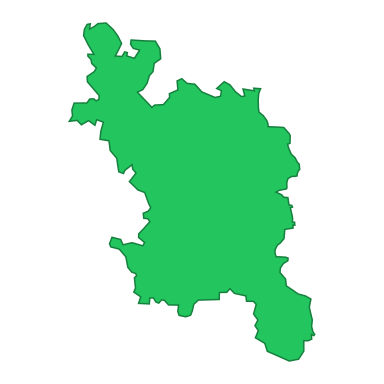 the district of Chirakchi, Kashkadarya, Uzbekistan, rotated 90°
{"feature_id": "79887680B89374870504997", "entity_name": "Chirakchi", "entity_type": "district", "adm_level": 2, "iso_a3": "UZB", "parent_name": "Uzbekistan", "parent_adm1": "Kashkadarya", "projection": "albers", "projection_center": [66.298, 39.115], "detail": "fine", "context": "isolated", "style": "filled", "palette": "green", "viewbox_px": 384, "rotation_deg": 90, "n_neighbors": 0, "source": "geoboundaries", "source_scale": "gbopen_adm2", "svg_char_len": 2970}
<svg xmlns="http://www.w3.org/2000/svg" viewBox="0 0 384 384"><g transform="rotate(90 192 192)"><path d="M88.7,123.4L88.2,130.2L90.8,129.6L89.0,141.0L96.0,139.2L96.6,142.5L91.8,148.5L84.8,154.1L81.7,159.8L88.5,167.3L90.6,162.6L96.2,163.4L97.5,168.9L91.9,182.2L84.2,189.1L83.4,196.9L78.7,202.2L80.9,206.9L89.9,206.1L93.7,214.6L97.4,214.4L104.6,220.6L105.1,229.4L107.4,232.1L92.2,246.6L89.6,241.2L83.4,237.0L75.5,234.5L71.6,231.0L63.3,229.8L58.8,223.3L48.8,224.1L41.1,228.7L40.9,238.5L40.0,252.9L44.3,253.4L48.4,250.7L50.1,244.4L58.3,249.6L55.9,257.3L52.6,256.6L51.9,259.3L56.5,262.0L56.0,268.8L50.1,265.6L43.5,262.4L35.8,266.3L29.5,270.9L23.0,277.9L23.6,286.0L26.5,289.7L29.1,294.5L23.8,293.7L24.4,296.8L29.3,299.6L35.6,300.4L45.3,295.5L54.4,290.0L54.2,296.1L56.2,296.1L59.3,293.1L63.6,292.2L68.0,287.6L71.6,289.7L76.5,296.9L81.8,296.6L95.6,284.8L99.5,285.2L100.8,287.9L98.8,290.3L99.0,294.3L103.0,297.1L103.1,309.9L110.0,312.1L116.0,311.5L121.3,314.7L120.4,306.9L124.8,302.6L120.6,295.4L125.3,289.1L119.7,287.3L122.2,280.6L131.4,283.2L139.3,284.0L140.8,275.0L150.5,273.8L158.2,267.3L168.2,265.8L171.8,265.2L173.5,260.5L170.3,259.1L164.7,251.9L169.1,251.3L173.1,248.0L181.6,254.6L190.0,246.0L192.5,239.3L203.1,235.5L207.8,233.3L211.1,235.7L213.3,240.8L218.3,240.2L218.7,236.2L221.7,234.2L229.2,240.8L233.8,245.3L237.5,245.4L242.5,239.4L245.8,241.2L242.7,251.9L244.8,261.0L239.5,263.3L237.3,272.0L243.9,274.5L246.9,273.2L249.1,264.8L256.8,258.2L267.4,256.1L272.2,252.2L273.5,248.2L275.9,247.5L277.8,249.6L288.1,248.5L292.1,250.2L296.8,243.3L303.4,245.4L303.9,234.7L298.0,234.2L298.0,230.5L302.0,228.2L303.1,225.2L299.8,222.4L300.5,219.4L304.9,215.5L305.1,205.4L311.4,206.2L315.4,204.9L316.8,198.2L315.2,193.4L310.9,191.7L304.3,190.2L300.1,185.7L299.5,164.8L292.5,164.6L292.3,157.2L288.7,154.1L293.4,149.5L295.9,138.1L301.2,137.5L301.4,130.5L304.4,127.8L314.0,130.4L320.0,126.1L325.6,129.0L330.6,125.7L337.8,128.6L343.3,119.2L351.3,116.7L361.0,94.7L359.2,85.4L351.1,80.2L340.7,80.2L340.7,75.7L339.1,72.3L334.5,72.6L335.6,70.2L334.5,69.3L331.8,71.1L326.4,72.4L320.0,71.7L314.3,73.1L307.2,74.7L299.0,73.1L295.9,78.7L294.0,85.8L289.8,91.8L285.9,97.7L279.1,98.4L277.0,100.2L272.5,104.0L268.1,103.6L264.5,101.4L262.8,99.6L260.8,96.2L258.1,95.9L257.2,98.3L256.8,105.2L256.8,107.9L252.9,109.0L249.7,108.9L245.3,106.7L243.0,103.7L238.6,100.0L229.4,99.2L228.1,91.0L225.1,91.0L225.2,89.2L222.2,89.4L222.2,91.5L218.6,91.4L216.3,91.7L210.6,93.0L207.7,93.6L207.1,91.5L205.3,92.3L205.0,95.0L197.6,96.1L197.2,100.3L194.8,102.3L192.1,108.0L190.4,104.9L189.8,102.2L189.0,97.7L188.1,97.1L182.5,97.2L180.5,96.6L178.4,95.9L177.8,94.7L176.4,92.0L176.4,89.3L175.9,86.9L174.4,86.9L171.2,85.9L169.4,84.3L164.1,84.8L162.3,86.6L157.8,88.9L154.2,92.7L148.3,95.3L144.1,96.4L143.3,94.0L135.6,93.8L133.8,94.7L127.5,100.2L127.1,106.2L126.7,115.8L123.7,116.1L120.5,117.2L115.7,120.7L112.0,125.1L107.3,125.6L100.2,125.8L93.4,125.3L88.7,123.4Z" fill="#22c55e" stroke="#15803d" stroke-width="1.5"/></g></svg>